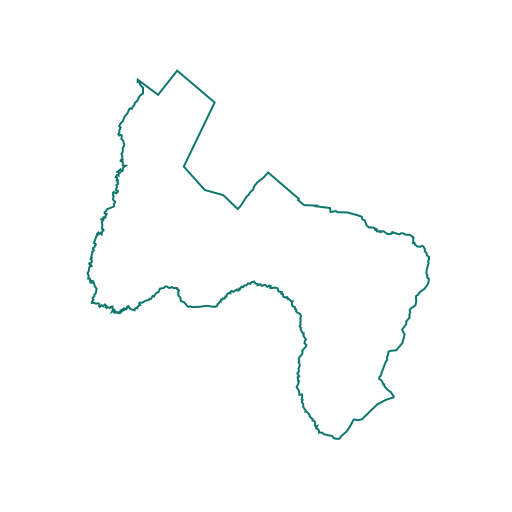 Metán, Salta, Argentina, rotated 209°
{"feature_id": "61730980B22124593999918", "entity_name": "Metán", "entity_type": "district", "adm_level": 2, "iso_a3": "ARG", "parent_name": "Argentina", "parent_adm1": "Salta", "projection": "equal_earth", "projection_center": [-64.481, -25.427], "detail": "fine", "context": "isolated", "style": "outline", "palette": "teal", "viewbox_px": 512, "rotation_deg": 209, "n_neighbors": 0, "source": "geoboundaries", "source_scale": "gbopen_adm2", "svg_char_len": 6112}
<svg xmlns="http://www.w3.org/2000/svg" viewBox="0 0 512 512"><g transform="rotate(209 256 256)"><path d="M87.6,241.6L85.8,250.9L87.9,259.2L92.5,262.3L91.6,269.4L92.9,271.5L91.8,276.7L93.3,278.6L93.9,281.5L95.4,283.4L94.8,286.3L93.9,287.2L92.7,290.5L93.9,294.1L96.6,298.2L95.4,300.9L95.2,304.0L92.7,309.1L92.1,314.4L92.5,317.1L93.8,319.8L96.0,320.3L97.0,322.4L98.5,323.3L100.2,327.1L101.5,333.2L103.0,334.9L103.0,336.5L104.1,339.1L106.7,339.3L108.3,341.3L110.7,341.9L111.4,343.7L114.3,345.5L115.8,345.3L116.8,343.8L119.3,342.5L122.3,343.0L123.6,344.2L124.9,343.4L125.0,344.6L126.3,346.0L127.2,348.5L127.9,348.1L128.6,348.8L132.1,349.0L135.8,347.0L137.2,347.4L140.0,346.4L141.2,344.3L146.7,343.3L147.5,342.5L148.0,343.1L148.5,342.7L148.5,340.9L151.6,338.9L156.6,339.5L158.8,337.2L159.3,338.1L161.7,336.2L162.9,336.6L163.0,337.4L163.9,336.8L164.3,337.7L164.9,337.1L165.5,337.7L167.0,337.8L171.4,335.7L174.3,336.6L178.0,339.8L180.8,339.6L182.4,341.6L185.5,341.2L197.2,338.4L205.7,333.9L207.9,334.0L212.1,330.6L214.6,333.8L227.8,328.5L227.6,329.4L238.6,323.8L246.4,325.3L246.2,326.7L285.9,334.9L287.5,327.9L290.6,320.9L291.4,315.8L290.7,312.7L292.1,308.5L292.0,305.9L293.0,303.8L293.7,292.2L294.8,288.2L314.1,293.4L332.8,288.9L362.5,299.2L366.6,370.2L414.8,379.9L419.8,349.5L444.9,352.9L443.9,350.8L442.1,351.5L440.6,349.7L436.4,348.4L433.6,343.3L435.0,340.6L435.5,337.5L435.0,336.0L435.2,333.5L436.1,331.4L435.6,328.6L436.2,326.8L436.0,324.4L437.5,324.2L438.0,323.3L437.6,317.8L438.6,314.2L437.8,309.2L438.7,306.4L438.7,303.2L436.6,302.7L436.5,299.9L435.3,297.5L435.5,295.8L434.1,295.1L432.8,296.5L431.8,296.4L430.5,293.1L427.8,292.3L426.8,290.8L425.5,290.1L424.9,288.9L424.8,285.6L423.1,282.8L423.0,279.8L421.5,278.9L420.4,276.5L419.3,275.6L419.2,275.0L420.5,274.8L420.5,273.5L418.3,273.7L416.3,270.7L413.8,271.8L415.1,268.6L414.0,266.6L414.2,265.4L415.0,265.0L416.6,266.1L418.0,262.4L415.4,262.9L415.9,260.7L415.2,259.7L416.9,259.5L416.9,257.0L415.4,257.1L414.6,254.6L413.4,255.3L412.7,253.1L411.9,253.0L411.7,251.9L412.5,250.2L411.1,248.9L410.6,245.7L408.5,246.0L408.0,245.3L408.6,243.1L411.5,243.0L411.8,242.1L411.0,241.5L410.6,239.7L409.5,239.3L408.5,236.0L405.5,235.2L405.3,232.5L404.3,231.2L404.5,230.2L409.1,224.5L408.8,222.7L409.6,220.8L408.9,219.8L406.9,220.3L407.0,217.6L406.4,216.6L407.9,216.1L407.2,214.0L408.4,214.4L409.1,213.2L407.2,213.1L407.6,211.3L405.6,209.0L404.0,205.1L402.9,205.4L401.7,204.4L402.5,203.1L401.5,200.2L403.3,200.8L404.0,199.1L405.2,200.0L405.8,198.1L404.8,197.5L405.2,195.9L404.0,188.9L402.2,188.8L401.5,188.0L402.0,186.8L401.5,185.1L402.4,184.0L402.0,183.0L400.4,182.1L401.3,180.3L400.6,179.3L399.8,175.5L398.6,174.9L399.2,173.1L397.5,172.6L396.8,171.3L396.7,170.4L398.0,169.4L398.1,168.3L396.8,168.2L396.5,167.1L395.5,167.9L394.9,167.6L396.4,165.4L394.9,161.5L395.0,159.5L392.5,157.2L391.9,154.9L390.2,155.6L388.1,152.5L387.0,152.8L387.4,154.8L386.1,155.0L385.5,153.6L384.5,153.7L382.5,151.5L379.5,150.0L378.2,146.1L378.6,143.7L377.9,142.7L378.4,139.7L377.0,139.0L377.3,136.7L376.9,135.4L374.7,136.6L373.1,136.6L370.9,138.2L369.8,138.1L368.8,136.0L367.9,135.7L367.0,138.2L365.3,137.9L364.6,140.4L362.7,139.8L362.6,138.2L361.5,138.1L361.4,139.3L358.7,139.7L358.3,141.0L356.9,142.2L356.3,140.7L355.1,140.0L354.9,137.5L353.7,139.8L353.1,138.1L352.3,137.7L351.3,138.4L351.4,139.4L350.4,139.0L349.7,139.8L349.0,139.4L348.6,140.3L347.8,140.0L347.6,141.6L348.1,142.8L347.1,143.4L346.7,142.1L346.2,143.7L347.0,144.3L346.5,145.6L345.3,144.7L344.9,145.2L345.4,145.9L345.0,146.6L343.7,146.6L343.5,148.2L344.1,149.1L343.7,149.8L343.1,148.8L342.8,150.0L340.0,148.7L335.9,149.6L336.3,151.4L335.4,152.8L334.5,152.9L334.9,153.7L334.5,156.0L333.5,156.8L335.1,157.7L335.2,158.8L332.8,160.1L331.1,163.2L328.5,165.5L328.2,167.1L327.1,167.5L327.0,171.0L325.7,171.0L325.5,174.9L323.8,177.3L324.2,180.8L321.2,183.4L320.6,185.3L319.6,186.1L316.1,186.0L314.6,188.0L312.3,188.0L309.6,189.7L308.8,188.7L307.6,189.0L306.5,188.2L306.7,186.7L305.5,185.5L305.0,183.9L302.0,182.9L300.0,180.3L296.3,180.6L290.6,178.6L289.3,180.0L287.5,180.3L281.1,183.9L275.2,188.4L267.6,191.4L265.8,193.4L266.3,195.0L265.6,196.2L265.6,198.0L264.7,198.9L265.4,199.6L265.5,200.9L264.4,201.5L264.3,202.9L263.3,203.0L262.7,204.2L263.2,205.6L262.1,206.3L262.8,208.1L261.7,210.7L260.3,210.9L260.8,212.3L260.4,213.6L258.4,213.7L256.6,217.3L255.9,216.7L254.4,217.4L254.9,219.3L253.7,219.6L254.1,220.8L253.8,222.2L252.2,222.4L252.0,224.5L250.4,225.4L249.6,228.3L247.5,228.8L247.5,230.4L246.6,231.5L245.7,231.7L245.3,232.7L243.0,231.7L240.9,232.3L240.5,231.3L238.4,233.5L236.3,232.7L235.0,234.5L233.4,235.2L231.3,234.4L230.1,236.6L228.6,236.8L228.5,235.0L227.8,234.8L223.6,237.8L221.2,238.2L219.2,235.9L216.0,237.0L215.7,235.3L213.8,235.6L212.5,233.7L210.5,233.8L209.0,235.1L208.3,234.3L207.5,234.6L206.9,233.7L206.1,234.3L203.2,233.5L202.0,234.1L202.1,232.3L199.8,229.8L197.3,230.2L196.2,228.5L194.9,228.7L194.0,227.0L192.6,226.6L189.2,226.7L187.4,225.1L187.0,222.6L185.9,221.8L185.0,219.2L183.7,217.6L183.7,215.7L182.0,215.0L181.4,213.5L178.9,211.8L177.7,211.2L176.8,211.6L175.7,209.0L171.9,207.4L172.1,205.5L171.4,203.3L168.9,202.6L168.4,201.3L169.7,195.4L168.7,194.6L168.1,192.1L168.9,189.2L168.8,186.8L167.3,185.3L167.1,183.6L166.2,183.3L164.5,181.2L164.1,177.7L162.6,176.3L162.5,174.9L163.0,174.2L162.7,173.1L159.9,171.8L160.8,170.2L158.9,167.6L157.9,167.4L158.2,166.8L157.2,165.6L156.8,160.8L153.1,159.1L150.7,155.6L148.8,157.2L147.7,156.1L146.5,152.8L145.4,152.7L145.4,150.7L142.9,149.3L141.4,146.7L137.6,145.0L137.3,143.8L135.9,144.3L131.9,143.0L131.3,141.6L127.3,140.8L127.0,139.6L124.8,139.9L123.1,138.5L122.5,136.4L121.0,135.7L120.1,137.0L119.6,134.4L118.1,134.7L116.0,133.6L115.3,132.1L112.6,133.5L109.9,133.1L101.9,135.5L100.3,134.5L97.5,134.8L94.4,136.7L94.1,139.8L91.7,146.5L91.1,151.9L91.3,159.2L90.7,160.8L87.3,161.7L84.2,164.5L78.0,185.0L72.8,193.0L67.1,199.1L67.5,200.0L72.0,202.3L76.0,202.7L80.5,204.3L81.5,205.9L82.5,205.5L85.4,207.8L88.9,208.3L89.3,209.5L88.9,212.3L89.7,215.4L91.2,226.4L91.0,228.9L92.4,231.1L92.7,234.0L93.7,236.5L92.7,238.0L87.6,241.6Z" fill="none" stroke="#0f766e" stroke-width="2"/></g></svg>